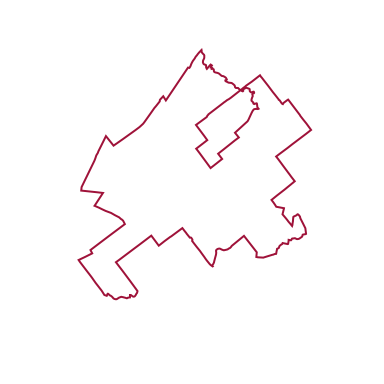 Sohatu, Calarasi, Romania (Mercator projection), rotated 141°
{"feature_id": "2599482B94348057267162", "entity_name": "Sohatu", "entity_type": "district", "adm_level": 2, "iso_a3": "ROU", "parent_name": "Romania", "parent_adm1": "Calarasi", "projection": "mercator", "projection_center": [26.509, 44.36], "detail": "fine", "context": "isolated", "style": "outline", "palette": "rose", "viewbox_px": 384, "rotation_deg": 141, "n_neighbors": 0, "source": "geoboundaries", "source_scale": "gbopen_adm2", "svg_char_len": 5854}
<svg xmlns="http://www.w3.org/2000/svg" viewBox="0 0 384 384"><g transform="rotate(141 192 192)"><path d="M229.1,287.1L239.2,282.5L240.5,281.7L241.2,281.4L242.5,281.0L243.6,280.5L245.6,279.2L247.1,278.3L248.4,277.6L274.7,265.3L277.2,262.8L275.6,261.2L266.6,252.2L261.8,247.3L276.0,242.7L276.4,242.6L274.2,238.4L272.6,234.9L271.0,231.6L268.1,226.7L266.5,222.5L264.6,218.2L264.2,215.7L263.8,214.6L263.6,213.0L264.4,209.3L282.8,210.0L294.5,210.4L307.4,210.8L308.2,207.1L316.3,208.9L322.9,210.5L323.1,208.3L323.4,198.2L323.6,189.8L323.7,187.7L323.8,186.5L324.1,182.0L324.3,172.3L324.4,171.3L324.9,167.1L323.6,165.0L321.6,166.0L321.2,165.6L320.9,163.4L320.5,162.7L320.2,161.7L320.0,160.4L320.0,158.8L319.6,157.7L318.6,156.5L317.9,156.1L315.2,155.8L313.0,155.1L311.9,153.8L310.5,151.9L309.5,150.4L309.2,150.3L308.6,150.2L308.4,150.2L307.1,149.5L306.6,149.3L306.5,149.2L305.0,151.0L304.5,150.6L304.3,150.3L304.2,150.0L303.9,148.6L303.7,148.0L303.4,147.6L303.1,147.3L302.7,147.1L302.4,147.0L301.9,147.0L301.4,147.1L300.7,147.3L299.5,147.8L299.1,148.0L298.4,148.1L298.0,148.3L297.1,149.0L296.7,149.3L296.1,161.6L295.6,174.4L295.3,185.3L291.7,185.1L272.0,184.4L266.9,184.2L257.9,183.9L251.1,183.7L251.6,171.2L244.2,171.1L237.3,170.8L236.1,170.6L222.2,170.0L222.3,166.8L222.3,163.7L222.4,163.1L222.4,157.9L222.0,157.7L221.6,157.4L221.4,156.9L221.6,154.9L221.9,154.4L222.7,153.9L222.8,151.0L222.9,146.5L222.9,143.6L222.9,142.1L222.9,141.1L223.1,138.1L223.3,133.9L223.5,131.6L223.6,129.6L223.6,124.8L223.4,123.3L222.8,121.2L222.7,121.2L222.9,122.2L222.2,122.3L221.1,122.6L220.5,122.8L219.5,123.3L219.0,123.6L218.3,124.2L215.3,126.4L213.2,127.9L212.1,128.8L211.5,129.5L211.1,129.9L210.6,130.8L210.2,131.3L209.7,131.6L208.9,131.7L207.9,131.6L207.2,131.3L206.6,131.0L206.1,130.6L205.8,130.1L205.6,129.7L205.2,128.7L204.2,127.0L203.8,126.6L201.8,125.6L200.7,125.1L200.4,125.0L199.0,124.9L197.7,124.6L197.1,124.6L196.0,124.8L195.1,125.1L179.2,125.2L179.6,104.4L182.9,101.0L182.4,100.4L181.8,99.7L178.6,96.8L178.0,96.2L175.0,95.0L169.0,92.6L168.3,92.2L166.9,91.8L166.6,91.7L165.6,91.0L165.4,91.1L163.7,92.6L162.7,93.4L161.7,94.2L161.6,94.3L161.2,94.2L160.6,94.0L159.8,93.9L158.8,94.5L157.8,95.0L157.0,95.0L155.8,95.0L154.9,94.8L154.4,94.9L153.7,95.3L150.4,91.3L150.0,91.2L147.9,93.0L147.0,94.0L145.7,92.4L145.5,92.2L145.2,92.2L144.8,92.3L143.7,92.8L143.3,92.7L142.7,92.3L142.3,92.0L141.6,91.7L141.2,91.3L141.0,91.1L140.8,90.9L140.4,89.8L140.2,89.5L140.0,89.3L139.9,89.2L139.5,88.9L139.1,88.7L138.6,88.4L138.1,88.3L137.5,88.2L134.8,88.0L134.0,88.3L133.2,89.0L132.6,89.1L130.1,87.7L129.7,87.7L127.4,91.4L126.7,92.5L126.6,93.0L125.5,97.9L124.4,103.1L124.1,103.9L123.6,104.9L123.5,106.4L123.6,107.4L123.8,108.1L124.1,108.3L124.8,108.2L125.6,108.2L127.3,108.6L128.5,108.9L128.8,108.9L129.1,108.7L130.5,107.3L132.1,105.6L132.8,105.0L133.5,104.4L134.8,103.1L135.6,102.6L135.6,105.7L135.7,108.0L135.6,110.3L135.6,113.2L135.7,117.7L130.8,121.4L130.7,121.5L135.8,127.5L135.5,129.9L135.3,132.5L135.2,135.8L128.2,135.8L118.7,135.6L105.4,135.7L105.3,140.6L104.7,155.1L104.3,163.8L104.3,166.6L100.0,166.5L90.2,166.1L84.0,166.0L66.5,165.4L60.4,165.3L60.3,167.2L60.0,173.3L60.0,178.3L59.9,183.1L59.7,183.9L59.7,184.2L59.1,203.3L59.5,203.4L64.7,203.6L65.1,203.5L65.3,203.4L66.1,203.1L66.3,203.5L66.4,204.0L66.5,204.3L66.2,207.8L66.2,208.1L66.4,208.7L66.5,208.9L66.4,209.0L66.3,215.4L66.3,218.7L66.0,226.3L65.8,237.4L65.9,238.1L65.7,239.9L76.1,240.1L83.1,240.6L84.3,240.5L87.3,240.6L89.3,240.5L90.0,240.4L90.0,240.1L89.8,239.4L89.6,239.0L89.2,238.3L88.9,238.3L88.6,238.3L88.4,238.5L88.3,238.8L88.2,239.4L88.0,239.5L87.8,239.6L87.4,239.5L86.6,239.4L86.1,239.2L85.1,239.2L84.7,239.1L84.2,238.8L83.9,238.3L82.7,236.4L82.5,235.9L82.5,235.6L83.1,234.7L83.5,234.3L83.6,233.9L83.6,233.2L83.5,232.7L83.3,232.2L83.0,231.9L82.4,231.7L81.3,231.4L81.0,231.2L80.9,231.1L80.9,230.9L81.0,230.4L81.4,229.9L81.9,229.8L82.6,230.1L83.1,230.2L83.5,230.0L83.7,229.9L84.0,229.2L84.2,228.7L84.5,228.3L84.9,228.0L85.6,227.7L87.3,226.6L88.1,225.8L88.3,225.5L88.1,223.2L88.1,222.8L88.6,222.2L88.6,221.8L88.3,221.2L87.8,221.1L87.0,220.7L86.0,220.3L85.9,220.1L86.0,219.7L87.8,216.8L87.9,215.8L87.9,215.0L87.9,214.8L88.4,214.9L88.7,215.1L89.6,216.0L90.7,216.8L91.6,217.2L92.0,217.3L92.5,217.2L93.7,216.9L95.6,216.1L99.7,214.1L102.3,212.8L104.3,212.0L121.3,211.0L121.3,204.9L126.0,205.1L140.3,205.2L147.6,205.3L147.8,198.7L162.5,198.9L161.6,218.1L161.5,220.9L161.5,223.0L147.5,222.7L147.2,228.0L146.7,241.6L133.5,241.0L133.2,241.1L132.8,241.2L132.2,241.6L131.9,241.7L131.3,241.7L130.8,241.8L130.5,242.0L111.6,241.5L110.8,241.5L110.3,241.5L109.7,241.4L106.5,241.3L105.3,241.0L102.6,240.8L90.3,240.6L90.5,242.1L90.7,242.7L90.7,243.7L91.3,244.4L92.3,245.1L92.6,246.2L92.3,246.9L91.8,247.9L92.0,249.5L92.5,251.5L92.7,251.9L94.1,253.3L94.9,254.1L95.1,254.8L95.6,255.8L96.1,256.9L96.1,257.4L95.8,257.8L94.2,257.5L93.9,258.5L93.8,259.4L93.9,260.1L94.5,261.8L94.8,262.4L95.5,263.1L95.9,263.7L96.5,267.1L97.0,268.1L97.3,268.6L98.3,269.8L99.0,270.9L99.1,271.6L98.9,272.2L98.3,273.0L98.0,273.6L98.0,273.9L98.4,274.6L98.6,275.0L99.0,275.2L98.3,275.7L98.5,276.0L99.1,276.8L97.8,277.5L96.9,277.8L97.3,279.3L98.3,279.2L103.0,278.3L103.0,278.5L102.6,279.9L101.3,281.7L101.4,282.3L102.1,283.2L102.4,284.1L102.2,285.2L102.0,285.8L101.3,286.6L100.5,287.3L100.0,287.5L98.5,288.2L97.9,288.7L96.9,289.9L96.5,290.4L96.3,291.2L96.5,292.8L96.5,293.7L96.5,294.4L96.0,295.3L95.4,296.0L95.2,296.4L96.3,296.3L97.2,296.1L98.4,296.0L100.9,295.5L102.3,295.1L103.6,294.9L104.6,294.6L105.5,294.2L106.1,294.0L108.5,293.4L109.4,293.1L111.7,292.1L114.3,290.6L115.9,290.1L116.8,291.2L154.7,279.6L154.1,284.5L158.5,283.9L159.1,283.7L160.1,282.7L165.0,281.6L166.4,281.3L168.2,281.0L175.2,279.0L184.9,276.3L187.0,275.8L190.1,275.6L192.0,275.5L197.3,275.7L212.6,276.6L223.8,277.4L223.7,289.6L229.1,287.1Z" fill="none" stroke="#9f1239" stroke-width="2"/></g></svg>